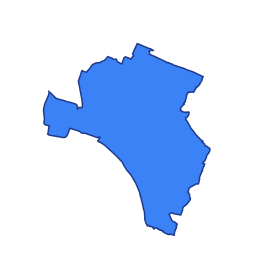 Kota Jakarta Barat, Jakarta Raya, Indonesia (Mercator projection), rotated 204°
{"feature_id": "22746128B58252967349746", "entity_name": "Kota Jakarta Barat", "entity_type": "district", "adm_level": 2, "iso_a3": "IDN", "parent_name": "Indonesia", "parent_adm1": "Jakarta Raya", "projection": "mercator", "projection_center": [106.751, -6.161], "detail": "fine", "context": "isolated", "style": "filled", "palette": "blue", "viewbox_px": 256, "rotation_deg": 204, "n_neighbors": 0, "source": "geoboundaries", "source_scale": "gbopen_adm2", "svg_char_len": 5602}
<svg xmlns="http://www.w3.org/2000/svg" viewBox="0 0 256 256"><g transform="rotate(204 128 128)"><path d="M73.4,48.8L70.7,46.6L70.5,46.9L70.0,46.6L69.6,47.4L69.1,47.2L68.9,47.4L68.4,47.1L67.6,47.0L67.1,47.2L66.9,47.5L66.2,47.4L65.3,47.5L65.0,47.3L64.5,47.4L64.4,47.1L64.0,47.0L63.8,46.8L63.8,46.5L62.9,46.6L63.1,47.4L61.9,47.9L61.0,48.3L60.5,48.5L59.5,47.8L57.8,48.2L57.6,47.3L57.7,47.5L56.6,47.9L56.1,48.0L55.7,48.2L54.7,48.2L54.8,47.9L54.3,47.9L54.4,47.7L54.1,47.6L54.0,47.8L53.7,47.8L53.6,47.5L52.7,47.2L52.6,47.5L50.8,47.0L50.7,47.2L49.2,47.1L48.0,47.1L47.3,47.2L47.0,48.0L46.1,48.3L46.1,48.1L43.7,48.6L43.2,48.6L42.2,48.9L42.3,49.4L43.2,52.0L43.2,52.7L43.2,53.3L43.3,53.7L43.2,56.6L43.3,57.2L43.6,57.4L44.0,57.7L44.2,58.1L43.7,59.4L43.9,59.6L44.3,60.3L44.5,60.4L46.7,61.0L48.9,61.0L49.8,61.2L50.1,61.3L52.3,63.0L53.8,64.5L55.3,65.9L54.1,67.9L53.5,68.3L52.9,68.4L51.9,68.3L50.9,68.4L44.4,70.0L44.5,70.8L44.7,74.5L44.6,75.0L45.0,75.6L45.2,76.0L45.3,77.0L45.2,78.5L45.1,78.9L44.8,79.2L44.2,80.4L43.2,82.4L42.0,87.7L42.2,87.8L42.3,88.9L42.5,89.2L42.6,89.4L43.4,89.8L43.7,90.2L44.9,92.5L45.0,92.6L45.6,92.9L46.3,93.4L47.3,93.7L47.2,95.4L47.6,96.8L47.7,97.4L47.5,98.1L47.2,98.6L47.2,98.9L43.6,103.8L42.3,105.1L41.0,105.5L41.1,107.0L41.2,107.3L41.5,108.6L41.8,110.4L42.0,110.9L42.4,111.1L42.5,111.2L42.7,114.3L42.8,118.1L42.5,119.1L43.1,119.4L43.1,120.0L43.1,121.2L43.3,124.8L43.2,124.8L43.3,125.0L43.3,126.3L44.3,126.3L45.6,126.4L45.6,126.8L45.3,127.6L44.7,128.5L44.4,130.5L44.6,132.0L44.4,132.4L44.4,132.8L44.5,133.5L44.9,134.5L44.9,135.1L44.8,135.6L44.1,137.6L44.1,140.2L44.2,141.3L44.9,142.6L46.7,142.9L46.8,143.0L47.2,143.0L48.0,143.3L48.9,143.3L49.1,143.2L49.9,143.2L50.8,143.5L51.2,144.2L51.5,144.5L52.3,144.6L53.7,145.1L54.0,145.1L54.6,145.2L54.1,146.3L56.3,146.8L58.2,147.4L59.0,147.9L59.5,148.0L61.0,148.5L63.9,149.9L64.7,150.3L66.2,151.3L67.1,151.7L68.3,152.4L70.2,153.2L72.7,155.2L76.2,157.8L78.8,159.3L78.8,159.7L79.0,159.9L79.1,160.8L79.1,161.1L79.0,161.3L78.7,161.5L78.6,162.1L78.3,162.3L78.3,162.6L77.9,163.5L77.9,164.0L78.1,165.7L78.6,167.2L79.1,167.1L79.4,166.9L79.5,167.1L81.4,166.0L83.2,165.2L83.3,165.3L83.7,165.3L84.5,165.0L85.0,165.0L85.8,165.3L86.1,165.6L86.5,165.5L86.5,165.3L87.3,165.3L88.0,168.2L87.6,169.7L87.1,170.8L87.2,171.0L86.4,172.2L87.0,172.6L86.9,172.9L86.7,173.2L87.2,173.6L86.5,174.6L86.5,175.7L86.8,176.0L86.8,177.4L87.5,181.0L87.5,181.3L87.9,181.5L87.7,185.0L87.0,185.0L86.9,185.6L82.6,187.5L82.5,188.5L82.3,188.8L82.4,189.2L82.4,189.6L82.2,191.1L82.3,191.5L82.0,192.2L81.9,192.9L82.2,193.1L81.6,193.3L81.4,193.6L81.1,194.9L80.7,195.3L80.6,196.1L80.1,197.5L80.5,197.7L80.4,198.7L79.9,200.3L79.9,200.6L79.8,201.5L80.0,202.4L80.2,202.5L80.3,203.0L80.2,205.4L91.0,205.7L95.6,205.4L97.3,205.1L98.3,205.2L101.4,205.2L102.5,205.1L103.0,204.9L103.7,204.7L103.8,204.8L109.9,204.3L112.3,204.0L112.9,204.4L115.9,204.0L117.0,204.2L117.9,204.1L117.9,203.7L119.7,203.6L120.0,203.6L120.0,203.9L127.3,204.0L128.2,203.9L128.7,204.0L129.2,204.0L129.3,204.2L129.9,204.1L132.5,204.2L135.4,204.1L136.6,204.2L138.2,204.0L138.3,204.4L138.5,204.8L139.0,205.4L139.4,206.1L139.9,206.7L140.0,207.0L139.6,207.4L138.9,207.7L138.9,208.5L138.9,208.9L138.8,209.0L138.4,209.1L137.3,208.6L136.9,208.8L136.6,209.2L139.6,209.5L140.6,209.3L141.2,209.2L149.1,209.0L149.1,208.9L150.1,209.0L151.3,208.9L151.3,209.0L151.6,209.0L152.1,209.0L152.1,208.9L153.2,208.9L153.9,208.8L154.0,199.0L153.9,197.7L153.8,197.3L153.7,197.1L152.5,196.6L152.3,196.4L152.3,196.1L152.3,195.5L152.9,194.6L153.0,192.6L153.2,192.3L153.5,192.3L158.9,192.0L159.3,191.9L159.7,191.6L160.1,190.9L160.2,190.6L160.1,188.5L159.8,185.8L159.7,183.9L163.9,184.2L164.8,184.3L165.3,184.7L165.5,185.0L166.1,185.7L166.9,186.1L167.3,186.0L168.7,184.8L171.2,185.3L175.5,185.0L175.9,183.4L176.5,181.3L176.9,180.5L177.6,179.5L178.1,179.0L179.2,178.1L179.6,177.7L179.8,176.9L180.5,176.1L181.1,175.7L182.2,175.2L183.9,174.3L184.2,174.0L184.7,173.0L185.4,172.6L185.9,171.9L186.2,171.2L186.6,170.3L187.1,166.8L188.0,164.4L188.6,162.2L188.8,162.1L189.4,161.9L191.9,161.7L193.4,161.7L193.4,160.9L193.2,159.4L192.5,151.7L192.4,150.8L192.1,150.1L188.6,145.3L187.6,143.8L181.3,134.7L179.7,132.0L179.2,131.0L178.6,129.4L178.1,128.1L180.6,127.0L181.1,126.7L181.4,126.3L181.8,125.6L182.0,125.1L182.1,124.0L182.3,126.5L182.8,126.6L183.3,127.4L184.1,128.2L185.3,128.5L186.1,128.6L187.5,128.3L190.2,128.1L192.2,127.8L193.3,127.4L194.4,127.2L195.7,127.2L198.9,126.9L200.7,126.5L205.2,125.8L206.7,126.2L212.4,128.3L215.0,129.1L214.6,128.4L214.4,127.8L214.0,126.3L213.8,116.9L213.6,114.7L213.1,112.5L212.6,110.4L212.2,109.4L211.6,108.3L208.8,103.7L208.0,102.2L207.3,100.0L207.0,98.7L206.6,98.0L205.8,97.5L204.9,97.2L203.9,97.4L201.4,97.9L200.9,98.1L200.8,97.3L200.5,96.0L199.4,92.3L198.8,89.7L197.9,89.5L196.5,89.6L183.6,92.9L182.7,93.2L181.7,93.9L181.2,94.6L180.8,95.4L180.6,96.3L180.6,97.6L181.0,104.1L179.1,104.2L176.8,104.7L170.8,105.2L170.1,105.1L169.0,104.7L168.1,104.6L167.1,104.8L165.5,105.7L154.9,106.6L153.5,106.6L152.3,106.8L152.0,106.9L150.0,108.2L149.8,108.2L149.8,107.8L150.1,107.0L150.1,106.3L150.1,104.7L150.2,104.3L150.4,104.0L150.3,103.8L149.6,103.5L149.4,103.4L147.0,103.6L141.4,102.6L135.1,100.4L126.3,97.4L122.8,95.9L121.9,95.4L120.2,94.9L118.9,94.1L118.1,93.4L117.8,93.1L116.8,92.4L115.7,91.5L114.8,91.0L112.0,89.0L106.9,86.6L105.2,85.6L101.8,83.1L99.5,81.4L98.6,81.0L97.6,79.9L96.2,78.7L94.3,76.8L93.9,76.5L91.4,74.1L88.9,70.7L87.4,69.1L86.4,67.7L84.4,65.2L82.8,63.0L82.1,62.1L81.4,61.0L80.0,59.3L79.4,58.7L78.9,58.1L76.2,53.0L76.1,52.9L75.7,51.8L75.6,51.4L74.6,50.4L73.4,48.8Z" fill="#3b82f6" stroke="#1e3a8a" stroke-width="1.5"/></g></svg>